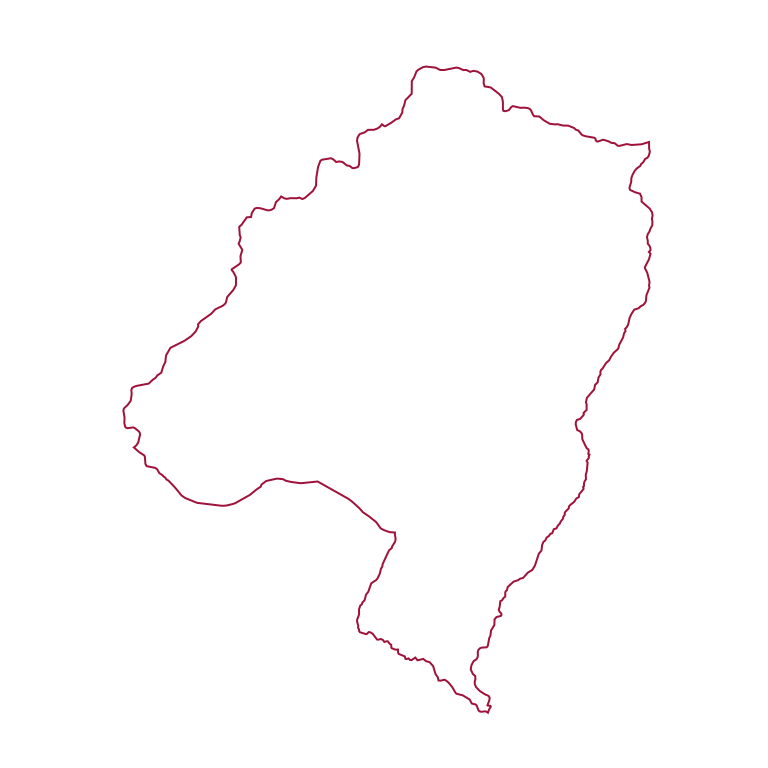 Génova, Quindío, Colombia (orthographic projection), rotated 184°
{"feature_id": "7082276B54028982815343", "entity_name": "Génova", "entity_type": "district", "adm_level": 2, "iso_a3": "COL", "parent_name": "Colombia", "parent_adm1": "Quindío", "projection": "orthographic", "projection_center": [-75.776, 4.193], "detail": "fine", "context": "isolated", "style": "outline", "palette": "rose", "viewbox_px": 768, "rotation_deg": 184, "n_neighbors": 0, "source": "geoboundaries", "source_scale": "gbopen_adm2", "svg_char_len": 6130}
<svg xmlns="http://www.w3.org/2000/svg" viewBox="0 0 768 768"><g transform="rotate(184 384 384)"><path d="M629.1,303.3L623.4,298.9L618.3,296.1L617.5,294.9L616.4,287.5L615.0,285.5L606.6,284.4L604.5,283.3L601.9,279.4L598.3,277.4L597.8,276.5L596.0,275.6L594.2,273.5L592.3,272.6L585.5,266.4L578.1,258.6L574.2,256.3L562.1,252.4L537.3,251.2L532.9,251.7L526.3,253.8L524.2,254.7L510.2,263.9L503.8,269.9L499.9,272.9L499.2,275.1L494.8,279.0L485.5,281.8L483.6,282.2L478.0,282.0L475.1,280.6L469.7,279.8L460.2,279.2L443.4,282.1L411.4,266.9L407.7,264.5L399.7,258.2L396.2,254.7L389.6,250.8L382.2,245.7L377.3,239.8L374.0,238.3L368.1,236.6L362.7,236.6L362.7,234.8L361.6,230.4L361.9,227.5L364.6,222.4L364.8,220.9L367.1,218.7L367.9,217.1L372.8,204.2L372.9,201.9L374.1,199.6L375.0,194.4L376.8,189.8L378.0,188.0L382.8,184.3L385.2,175.6L387.2,172.7L388.3,167.0L390.3,164.5L390.9,162.4L392.2,161.4L393.2,157.6L392.8,152.4L394.4,146.7L394.2,144.8L392.8,141.0L392.9,139.1L391.9,137.6L391.7,136.1L390.7,134.7L384.5,133.2L383.6,133.5L382.0,135.4L380.4,135.4L377.8,134.0L373.1,128.6L372.0,128.5L369.5,129.4L367.1,128.5L365.7,126.7L363.2,127.6L362.2,127.5L360.2,125.2L358.6,124.4L358.3,121.5L357.9,121.0L354.3,119.8L351.6,120.1L351.2,117.1L350.6,115.8L344.2,113.7L343.4,111.3L342.3,111.2L340.4,112.0L338.8,110.5L337.2,110.5L333.7,113.3L331.3,110.7L325.6,112.5L322.9,110.5L319.1,109.7L315.3,106.0L312.3,98.1L309.8,95.0L308.9,92.0L306.9,92.0L303.1,93.2L301.4,92.5L298.9,90.7L295.0,86.7L291.0,80.8L290.0,80.1L283.7,78.9L276.5,75.2L274.2,71.4L270.2,70.7L269.2,69.8L267.0,65.1L265.9,64.1L264.1,63.8L260.4,64.5L259.0,64.3L257.4,63.3L256.5,66.7L255.0,69.4L255.4,70.4L258.0,70.4L258.4,70.7L256.9,75.7L256.7,78.4L258.0,80.2L261.5,81.4L267.0,84.4L271.1,88.1L272.6,91.3L272.7,94.1L272.2,95.7L272.6,99.0L275.1,100.9L277.6,105.3L277.1,109.7L275.2,113.9L272.7,115.7L271.7,117.5L271.4,119.3L271.8,123.6L271.1,125.6L269.9,127.0L268.4,127.8L263.2,128.5L262.2,129.9L261.3,137.9L260.3,140.3L260.0,145.7L257.1,151.2L257.3,156.9L255.6,159.3L251.3,160.8L250.6,162.0L251.2,163.5L253.0,165.1L253.8,166.7L253.1,169.6L252.8,175.5L251.1,176.5L249.9,178.8L248.2,180.4L248.5,184.6L248.1,185.8L247.0,186.8L246.4,190.2L240.9,195.9L236.5,197.7L234.8,199.2L231.7,200.3L227.2,206.0L223.2,208.8L220.8,213.3L217.7,225.5L215.3,228.9L215.0,234.6L214.0,237.5L212.2,239.2L211.0,242.2L208.9,243.9L207.5,246.3L206.3,246.5L205.7,247.1L204.5,251.0L201.9,252.0L200.7,254.9L198.7,257.3L198.3,258.8L196.1,262.1L195.8,264.3L194.6,266.0L194.7,268.1L194.2,269.2L191.2,272.5L190.8,275.0L190.0,276.1L186.0,279.8L184.2,283.2L181.8,284.7L181.5,287.8L177.6,293.2L178.2,295.1L177.5,295.7L177.5,299.3L177.0,301.2L175.9,302.9L176.4,307.5L175.6,311.3L175.4,319.8L176.5,321.4L174.5,324.7L174.7,326.2L174.1,327.9L175.3,328.5L175.1,331.6L175.5,332.9L177.5,334.3L182.3,342.7L182.8,347.3L183.6,349.0L185.5,350.6L188.0,351.5L190.0,357.2L189.9,359.4L189.1,361.6L186.0,362.8L183.0,366.6L182.5,367.6L182.9,369.1L180.1,372.2L180.4,377.6L181.3,379.9L180.6,384.4L174.0,393.2L173.3,398.0L171.0,400.5L170.5,405.3L168.7,408.8L169.0,411.1L168.6,412.9L166.9,415.0L163.9,420.5L161.1,423.3L159.4,427.2L157.1,431.0L152.8,435.6L152.0,439.8L148.7,447.3L148.0,451.5L146.8,453.4L147.3,455.9L145.8,457.6L144.6,460.2L143.6,467.1L142.0,471.2L139.5,475.7L135.3,477.3L133.4,479.5L130.7,481.1L128.9,483.8L128.5,485.4L128.4,490.9L125.9,498.5L126.5,500.8L126.2,504.3L129.1,513.2L131.7,517.7L131.9,518.8L128.4,526.8L127.2,532.6L129.0,534.2L127.5,536.0L127.8,538.4L129.0,540.7L130.7,542.4L130.8,545.0L131.9,548.8L131.3,552.0L129.8,554.6L129.1,557.5L127.5,560.8L127.5,564.6L128.3,567.4L127.8,570.6L128.6,574.0L131.3,577.6L139.8,583.9L140.1,588.3L141.9,591.7L146.9,592.8L151.9,594.7L152.4,595.2L152.8,597.3L151.5,602.7L151.6,606.7L150.6,610.2L148.8,614.1L147.0,616.5L143.5,619.5L143.0,621.1L140.8,623.4L139.2,626.7L137.0,628.1L135.8,630.1L135.0,634.2L135.9,637.2L136.5,643.9L143.8,641.1L153.7,639.7L158.5,640.3L165.6,638.0L167.5,638.0L170.7,640.3L174.0,640.4L177.0,641.8L182.4,643.0L187.3,640.9L188.4,640.8L189.7,641.7L190.2,643.5L191.2,644.3L200.0,645.2L202.9,645.9L204.3,646.6L207.9,650.5L210.1,650.9L212.4,652.7L218.4,654.6L223.5,654.3L229.2,655.3L231.3,654.9L236.6,655.1L242.8,658.1L247.8,661.7L252.9,661.6L254.2,663.1L256.6,667.5L257.7,668.5L259.5,669.2L263.0,669.5L267.2,669.0L274.8,670.2L276.1,669.4L278.6,665.9L281.8,664.6L283.9,664.8L284.5,665.9L285.1,674.0L286.4,678.5L289.5,681.4L298.3,687.3L304.4,687.9L305.6,691.0L305.7,695.2L306.2,696.8L308.6,700.1L312.6,702.2L316.8,702.6L319.8,701.4L323.7,703.0L326.8,702.7L331.3,704.4L333.9,704.7L345.8,701.4L350.1,701.2L354.5,703.2L364.3,703.6L367.4,702.7L371.9,699.7L373.4,698.1L375.4,691.8L377.4,688.1L376.6,675.5L382.4,668.7L383.4,663.1L384.7,659.5L384.7,656.1L387.5,650.1L390.5,648.9L395.0,645.1L400.6,641.3L401.6,641.2L404.2,642.9L405.9,640.4L408.2,638.5L411.7,636.9L417.8,636.4L420.7,633.7L425.5,631.7L426.6,630.1L427.6,628.0L427.9,624.8L424.5,612.1L424.2,601.9L424.4,600.4L425.4,598.5L429.0,597.2L430.6,597.2L433.6,599.2L436.3,599.4L440.9,602.6L444.2,602.9L447.2,602.1L450.2,604.5L452.7,605.5L461.5,603.4L463.0,602.3L464.9,596.0L465.9,585.3L465.6,577.2L468.4,571.6L475.8,564.2L478.3,562.8L481.4,564.0L484.0,563.2L489.9,562.9L494.0,561.9L496.5,562.3L499.7,563.9L501.5,561.0L504.4,558.0L506.0,551.8L508.3,550.0L510.7,549.2L512.6,549.2L519.6,550.7L523.1,550.8L525.3,549.9L527.8,545.3L528.3,541.3L532.5,540.7L537.2,532.9L539.4,530.7L538.3,522.6L537.2,520.2L538.0,516.0L538.8,513.8L534.7,507.9L536.1,501.5L535.3,495.3L536.9,493.3L543.9,487.8L543.8,486.9L542.3,485.5L539.5,481.0L539.0,479.5L538.6,472.1L541.0,467.1L546.4,460.0L547.4,454.4L548.1,453.0L550.2,450.9L557.5,446.7L561.4,441.9L571.1,434.0L573.7,430.5L573.3,428.3L575.6,423.2L579.6,418.3L586.2,413.1L599.6,405.2L603.4,397.3L603.7,390.5L605.3,386.8L607.0,379.7L610.7,376.8L612.3,374.2L615.0,372.1L618.7,368.0L630.5,364.9L632.8,364.0L635.0,362.5L635.6,360.3L635.0,356.3L635.5,349.6L638.5,344.9L641.2,342.2L641.9,340.9L642.1,339.0L640.5,332.6L640.3,326.7L639.2,323.3L638.2,322.4L636.8,322.0L631.3,323.2L629.8,322.8L625.1,319.5L624.2,318.2L623.8,316.5L625.1,308.5L626.9,305.3L629.1,303.3Z" fill="none" stroke="#9f1239" stroke-width="2"/></g></svg>